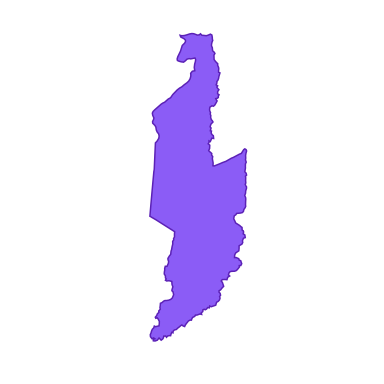 Vila Boa, Goiás, Brazil (Robinson projection), rotated 204°
{"feature_id": "56859067B63522642700520", "entity_name": "Vila Boa", "entity_type": "district", "adm_level": 2, "iso_a3": "BRA", "parent_name": "Brazil", "parent_adm1": "Goiás", "projection": "robinson", "projection_center": [-47.073, -14.994], "detail": "fine", "context": "isolated", "style": "filled", "palette": "violet", "viewbox_px": 384, "rotation_deg": 204, "n_neighbors": 0, "source": "geoboundaries", "source_scale": "gbopen_adm2", "svg_char_len": 4807}
<svg xmlns="http://www.w3.org/2000/svg" viewBox="0 0 384 384"><g transform="rotate(204 192 192)"><path d="M245.4,222.0L235.7,197.3L235.1,195.0L231.4,184.1L224.0,162.5L220.6,152.7L214.0,152.0L191.7,148.7L190.9,146.4L189.7,143.8L189.9,142.0L189.2,140.8L189.6,139.1L188.4,136.6L188.0,134.2L187.2,131.0L187.1,129.5L186.1,126.4L186.6,124.5L186.8,123.1L187.0,121.6L186.3,120.2L185.3,119.4L184.6,117.4L184.6,113.9L186.2,113.3L185.9,111.1L185.2,109.7L184.7,107.6L184.0,105.8L182.2,104.6L181.3,102.7L180.2,102.1L180.4,100.6L179.0,100.4L176.9,101.6L174.1,102.1L173.4,100.8L172.6,99.3L170.9,97.6L170.6,94.9L170.2,93.6L168.8,93.1L168.0,92.1L167.0,90.7L166.9,87.1L167.8,85.2L169.4,83.6L171.3,82.4L172.5,81.9L173.5,80.8L174.4,78.8L175.6,77.5L174.9,75.6L174.2,73.2L173.3,72.1L174.0,69.8L173.3,68.6L174.1,66.6L174.0,64.7L174.6,62.7L173.7,61.9L172.6,62.9L171.3,62.2L169.2,60.5L168.3,58.3L167.7,56.3L168.9,55.4L170.6,54.1L171.9,54.2L171.7,52.3L172.4,50.5L172.4,48.4L172.1,46.6L172.1,44.7L171.1,42.9L168.9,41.7L167.7,43.1L166.3,42.8L167.5,41.6L166.8,40.3L165.1,40.9L163.4,42.5L162.7,45.2L159.9,44.1L159.0,45.7L158.8,47.2L159.2,48.8L157.5,49.7L156.2,48.9L155.7,50.5L154.3,51.6L153.1,52.0L153.4,54.0L153.4,55.6L152.1,55.6L152.6,57.1L152.0,58.8L150.4,60.0L149.6,62.0L148.6,63.8L147.9,65.4L147.2,66.4L145.6,66.0L144.0,66.1L144.0,67.6L143.7,69.3L142.8,72.8L141.6,74.2L140.4,74.7L140.6,76.2L140.4,77.7L138.9,79.5L138.8,80.9L137.4,81.6L135.1,83.8L133.4,84.1L134.4,85.4L133.5,87.1L134.1,88.8L133.2,89.8L132.0,89.8L131.1,91.0L130.7,92.8L129.1,93.2L129.5,95.0L127.8,95.0L125.5,97.1L124.3,98.2L124.5,99.8L124.7,101.3L123.6,102.7L123.0,104.5L123.2,106.4L124.3,107.8L123.9,109.3L125.1,110.9L126.6,111.5L127.1,112.9L126.1,114.1L125.5,116.5L124.7,118.7L127.5,121.8L129.1,122.6L128.7,124.3L126.3,125.5L124.4,126.1L124.7,128.6L123.4,130.6L125.0,131.1L125.3,133.0L124.9,134.6L123.5,135.7L121.1,136.8L119.8,137.9L119.1,139.3L118.5,141.4L118.2,142.8L118.9,144.0L117.5,144.7L117.4,146.7L119.6,149.1L121.0,148.9L122.2,150.1L124.9,150.1L126.5,149.4L127.4,151.9L127.3,154.1L126.0,156.2L125.3,157.3L126.0,159.5L127.1,162.0L126.2,163.3L125.2,164.6L125.1,166.5L126.1,168.0L126.2,170.7L124.8,172.0L126.3,174.3L128.2,174.6L128.6,176.5L129.4,177.4L130.7,177.6L131.9,180.0L133.1,180.2L134.8,180.8L139.6,181.5L140.9,182.8L143.0,184.5L143.7,187.4L142.7,189.1L142.5,190.6L139.3,192.4L137.6,193.7L137.1,195.2L137.5,197.0L137.1,199.2L137.1,200.7L137.9,202.1L139.3,205.5L140.0,207.4L140.8,208.8L142.4,210.2L142.6,212.7L143.4,214.8L143.7,217.5L144.3,218.9L145.3,219.5L146.5,220.7L146.5,222.1L147.7,224.3L148.7,226.8L149.6,228.2L149.0,229.6L150.2,231.2L152.0,232.0L152.9,235.6L153.6,237.0L154.6,239.4L154.6,241.3L156.2,243.1L156.7,244.8L157.9,247.2L158.5,249.5L158.8,251.7L159.8,252.7L161.3,252.9L162.0,251.7L162.6,247.4L164.2,245.7L166.3,243.0L168.4,240.3L169.7,239.0L173.5,233.8L176.2,231.2L178.0,229.2L182.2,224.9L183.5,224.5L184.5,227.1L186.0,229.3L187.0,230.8L187.5,232.8L189.1,233.7L189.6,235.2L191.3,235.8L192.5,236.1L193.6,236.6L193.6,238.9L194.2,240.4L194.8,242.0L196.8,242.6L196.6,244.3L197.2,245.6L195.8,245.5L195.8,249.2L194.0,249.7L195.4,252.1L197.1,252.6L198.5,253.7L199.0,255.6L200.2,255.4L200.6,258.2L202.0,258.9L202.3,261.6L201.3,264.5L202.5,265.4L203.8,266.0L205.3,267.7L205.9,269.5L207.1,270.6L207.4,272.1L208.6,273.1L209.4,274.2L210.2,276.7L208.8,278.9L207.4,279.0L206.6,280.4L206.3,282.8L206.1,285.4L207.2,286.0L208.3,287.0L207.1,287.8L206.4,289.0L207.0,290.4L206.8,291.8L208.6,292.2L209.4,294.2L209.0,296.4L210.9,297.2L212.0,298.0L211.7,299.4L213.5,299.7L213.6,301.7L214.2,303.0L213.8,304.7L213.9,306.5L214.4,308.4L214.6,309.9L214.9,312.2L216.4,312.2L217.1,313.7L217.6,315.3L218.3,316.5L220.2,318.3L220.6,319.6L223.6,320.8L225.7,322.0L227.6,325.9L227.4,327.9L228.7,328.8L230.6,329.4L232.2,332.2L233.6,333.4L234.3,335.1L234.7,337.3L234.7,338.9L235.6,340.0L236.4,341.6L237.7,343.5L239.4,343.7L241.0,341.9L242.5,340.6L245.1,339.8L246.7,339.2L248.6,340.0L249.3,338.5L251.0,337.5L252.3,337.5L254.8,337.3L256.6,336.7L258.5,335.4L260.7,333.4L262.7,331.8L264.9,330.6L266.6,330.3L265.3,329.0L261.7,328.8L259.8,328.1L259.1,326.6L259.3,324.9L260.5,321.9L259.8,316.0L260.0,309.7L259.7,307.5L258.8,306.2L257.0,306.2L254.9,306.5L252.5,307.2L251.4,309.2L250.6,311.3L248.9,312.7L247.5,313.0L246.4,313.7L245.0,314.7L243.8,315.6L242.6,314.6L242.0,312.7L241.6,310.0L240.6,306.7L238.8,303.9L240.8,302.5L241.5,299.9L240.6,298.3L240.1,296.8L239.8,294.6L240.1,292.0L241.1,289.6L242.8,286.7L244.1,283.9L245.6,281.9L247.0,279.3L249.2,273.2L249.9,269.4L251.5,267.3L253.6,262.7L254.6,261.7L255.8,259.9L259.4,252.1L260.3,249.7L260.3,247.9L259.1,246.1L256.9,244.1L256.6,242.4L256.7,240.4L255.9,238.9L252.9,237.7L251.4,236.6L249.8,234.1L248.3,232.7L246.1,231.5L244.8,229.8L244.2,227.5L244.6,224.2L245.4,222.0Z" fill="#8b5cf6" stroke="#5b21b6" stroke-width="1.5"/></g></svg>